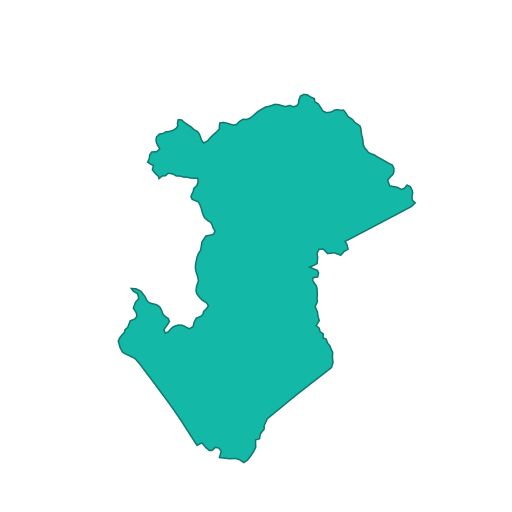 Mantena, Minas Gerais, Brazil, rotated 52°
{"feature_id": "56859067B95607372765312", "entity_name": "Mantena", "entity_type": "district", "adm_level": 2, "iso_a3": "BRA", "parent_name": "Brazil", "parent_adm1": "Minas Gerais", "projection": "robinson", "projection_center": [-41.115, -18.682], "detail": "fine", "context": "isolated", "style": "filled", "palette": "teal", "viewbox_px": 512, "rotation_deg": 52, "n_neighbors": 0, "source": "geoboundaries", "source_scale": "gbopen_adm2", "svg_char_len": 3848}
<svg xmlns="http://www.w3.org/2000/svg" viewBox="0 0 512 512"><g transform="rotate(52 256 256)"><path d="M156.7,256.8L158.8,254.0L161.9,255.9L164.1,259.3L164.4,263.4L166.5,265.8L167.8,268.5L169.3,270.8L172.1,271.4L174.9,269.8L177.9,268.1L181.5,268.8L184.2,269.6L187.2,270.9L190.6,272.2L194.3,273.0L198.3,272.2L201.6,271.0L204.6,271.5L207.5,272.5L211.2,273.0L212.7,276.2L211.2,279.6L209.4,283.0L210.4,286.3L211.6,289.9L214.3,292.8L217.2,295.9L218.7,300.0L220.8,303.4L223.2,306.3L226.0,309.4L228.8,311.6L232.1,313.2L236.4,314.7L240.3,316.8L242.1,319.8L244.0,322.3L246.9,325.0L249.6,325.9L253.0,326.0L257.7,325.6L262.4,323.8L266.0,324.2L267.2,328.4L267.4,331.4L269.4,333.8L269.5,336.9L268.2,341.3L270.0,345.4L272.9,349.1L272.3,353.3L269.8,354.6L267.2,355.6L264.9,357.0L262.8,359.4L261.6,362.0L260.8,365.4L261.1,368.8L261.8,371.7L260.9,375.1L257.3,373.9L255.7,368.3L254.4,364.6L251.2,363.6L248.4,364.6L244.9,365.2L241.4,364.1L237.6,363.2L234.5,363.8L231.7,365.4L229.0,367.7L225.9,369.4L222.5,369.1L219.3,368.4L216.6,368.4L213.0,368.4L208.0,370.7L204.8,374.3L208.1,374.4L212.8,372.6L217.4,374.5L218.3,379.5L221.6,384.8L226.7,385.2L230.2,387.0L231.1,390.3L229.6,395.0L233.3,401.1L233.4,404.6L235.2,406.8L235.6,409.8L236.5,413.5L238.2,416.9L244.8,419.6L249.8,420.3L252.4,419.3L262.1,414.5L269.5,414.1L274.1,414.2L293.0,414.5L307.7,414.9L314.1,415.0L319.6,415.2L336.3,416.1L368.9,419.1L369.9,413.7L376.3,413.4L380.6,412.5L382.2,410.2L381.8,405.8L384.5,403.5L388.5,403.6L392.3,409.0L397.0,404.1L399.1,402.1L402.9,396.9L406.1,394.5L411.3,392.8L411.6,388.3L410.4,383.6L408.8,378.6L406.6,374.0L400.6,369.6L402.2,365.7L398.9,362.2L397.4,356.1L394.7,354.0L391.2,347.2L390.3,310.5L390.4,265.3L387.2,260.7L383.2,258.4L379.0,254.8L376.0,254.3L372.4,253.1L368.6,253.2L364.7,251.8L361.6,253.6L358.9,250.9L355.0,252.1L351.8,250.6L347.9,251.5L345.9,245.9L341.7,244.3L337.7,241.9L332.2,240.5L329.7,235.6L326.9,234.0L324.1,231.3L318.8,227.7L316.1,226.8L310.4,226.5L308.2,224.5L310.5,220.3L307.9,217.1L305.1,216.5L297.7,220.7L298.6,217.6L299.6,212.5L294.7,208.0L291.4,206.3L289.5,202.0L292.2,198.6L298.2,198.1L301.6,192.4L307.6,188.8L306.7,183.8L307.3,179.2L302.9,177.2L299.3,176.9L300.6,170.1L309.9,118.8L312.7,103.0L312.1,97.7L308.2,98.5L305.2,96.5L302.9,93.8L300.6,92.5L296.4,91.7L293.1,93.3L294.0,97.2L293.1,100.5L288.9,102.3L285.8,105.1L283.1,107.4L280.6,106.7L277.2,105.4L276.4,101.3L276.0,97.7L274.3,95.3L271.7,93.3L268.1,92.6L265.4,94.0L262.1,95.4L259.3,96.5L255.5,98.1L251.9,99.6L249.1,100.5L246.6,102.2L243.6,103.7L240.9,103.6L237.5,103.8L234.6,103.0L231.5,101.1L229.0,99.6L225.4,98.1L222.4,96.3L219.8,94.7L217.2,94.0L214.1,95.1L211.3,95.9L208.2,95.9L205.7,96.6L202.8,97.6L198.6,97.2L194.9,97.2L193.4,99.6L191.2,101.3L189.3,104.4L188.9,108.1L186.4,112.2L182.8,114.1L179.1,113.6L174.4,113.3L170.7,114.7L167.9,113.1L164.5,115.0L160.6,116.3L158.1,118.8L157.3,122.5L159.4,126.2L162.0,128.6L162.7,131.6L161.3,134.8L158.1,136.7L156.4,140.8L153.0,143.4L150.7,144.9L148.0,147.9L146.5,152.7L144.4,156.9L143.8,161.6L143.3,165.6L143.5,169.0L143.8,172.5L143.7,175.7L142.7,179.2L140.2,182.2L139.8,186.5L140.4,190.2L139.1,193.0L136.7,194.9L134.0,196.7L130.8,199.3L128.9,202.5L131.1,205.0L133.3,206.5L133.9,210.2L134.1,215.0L134.7,219.5L135.5,223.2L134.7,227.7L131.1,227.6L128.0,226.4L124.5,225.5L121.8,225.5L118.5,227.0L114.0,227.7L110.4,229.1L106.5,230.2L102.9,230.9L100.7,233.4L102.8,236.0L105.3,237.6L106.2,240.3L105.9,244.0L104.6,247.4L102.6,250.9L102.3,253.8L100.4,257.0L101.0,261.2L103.4,263.7L105.8,264.8L108.4,265.4L112.4,265.9L112.6,270.2L109.8,274.1L110.8,277.4L113.7,280.4L115.3,283.6L118.5,282.6L121.7,281.2L124.2,284.6L126.9,284.6L130.1,284.4L132.9,283.8L135.3,284.8L135.2,280.7L137.1,277.8L136.7,274.5L138.8,272.2L141.0,270.6L143.8,269.6L146.3,266.6L149.6,264.1L151.2,261.9L154.1,259.8L156.7,256.8Z" fill="#14b8a6" stroke="#0f766e" stroke-width="1.5"/></g></svg>